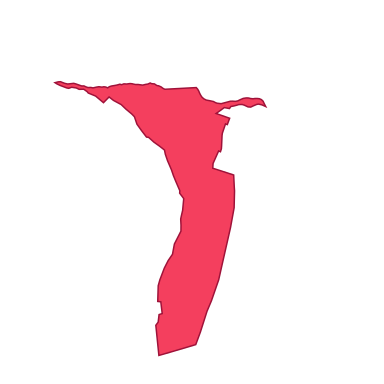 outline of Junín, Mendoza, Argentina, rotated 72°
{"feature_id": "61730980B95365862986383", "entity_name": "Junín", "entity_type": "district", "adm_level": 2, "iso_a3": "ARG", "parent_name": "Argentina", "parent_adm1": "Mendoza", "projection": "albers", "projection_center": [-68.566, -33.138], "detail": "fine", "context": "isolated", "style": "filled", "palette": "rose", "viewbox_px": 384, "rotation_deg": 72, "n_neighbors": 0, "source": "geoboundaries", "source_scale": "gbopen_adm2", "svg_char_len": 2116}
<svg xmlns="http://www.w3.org/2000/svg" viewBox="0 0 384 384"><g transform="rotate(72 192 192)"><path d="M338.3,235.6L327.8,227.3L310.1,214.6L301.3,207.0L283.7,193.7L272.2,186.9L257.1,177.9L237.8,166.4L220.0,156.8L204.1,151.2L200.5,150.3L188.7,147.1L175.8,164.9L171.3,163.1L161.2,154.0L162.5,152.5L160.0,150.7L157.8,149.8L147.4,145.9L145.4,144.9L137.6,139.1L138.8,137.6L133.5,133.4L124.8,144.8L121.7,135.2L124.2,130.6L122.7,128.6L123.1,125.7L123.3,122.4L123.3,120.5L124.3,117.2L125.6,115.4L127.1,113.8L128.4,112.4L129.4,109.9L129.0,106.9L128.7,103.3L129.0,101.5L130.8,98.5L133.5,95.5L129.7,96.1L127.7,96.3L125.6,97.4L124.1,99.1L123.2,101.1L122.5,103.3L122.2,105.1L121.2,107.4L120.1,109.1L119.3,111.3L118.8,114.4L119.2,118.5L119.5,120.3L119.2,122.7L118.1,125.5L117.5,127.5L117.4,130.0L117.2,133.5L117.0,137.0L115.2,140.9L114.0,142.3L112.6,143.6L110.5,147.2L109.0,150.0L107.1,151.9L104.9,153.2L102.8,153.8L100.4,154.2L97.9,154.4L95.8,154.9L94.0,155.7L85.9,186.1L84.4,187.6L82.5,188.9L80.7,190.9L79.9,192.5L77.6,194.3L76.5,196.9L75.4,198.1L75.7,200.6L75.3,203.0L75.1,205.9L73.1,210.0L72.4,212.3L71.6,213.8L70.5,215.6L69.7,217.4L69.1,220.8L68.1,223.4L68.2,225.8L67.2,227.3L67.1,230.2L66.9,231.9L66.3,236.0L66.3,238.1L66.9,240.0L65.5,241.6L64.7,243.3L64.4,245.3L63.1,248.0L62.7,250.6L62.4,254.0L61.3,255.9L60.5,258.7L59.2,260.4L57.7,262.0L57.1,264.1L53.5,268.8L52.1,270.9L50.9,276.8L49.3,279.5L47.7,281.5L46.5,282.9L45.9,285.2L45.7,288.5L47.3,287.2L49.9,284.5L54.3,279.0L55.3,277.2L55.2,274.1L57.3,269.9L59.5,267.6L60.8,263.2L64.2,260.7L65.8,260.1L71.0,254.0L79.7,248.6L76.0,241.5L80.6,238.4L87.0,232.3L93.0,229.1L99.0,225.3L102.6,223.5L110.5,223.4L117.8,221.1L125.7,218.3L126.6,216.4L133.0,212.7L138.1,208.9L143.6,205.2L147.8,205.7L154.7,205.6L164.4,204.7L170.8,204.6L177.3,204.1L187.0,203.2L189.3,204.1L195.7,201.9L206.6,206.6L211.4,209.5L214.2,211.1L220.1,212.7L225.8,214.6L236.0,224.8L245.2,229.8L249.8,235.8L255.9,241.9L265.6,249.7L270.7,253.1L285.5,258.4L286.8,255.6L298.4,257.9L298.4,261.2L305.3,264.4L307.6,267.6L337.2,274.0L337.6,262.6L338.3,235.6Z" fill="#f43f5e" stroke="#9f1239" stroke-width="1.5"/></g></svg>